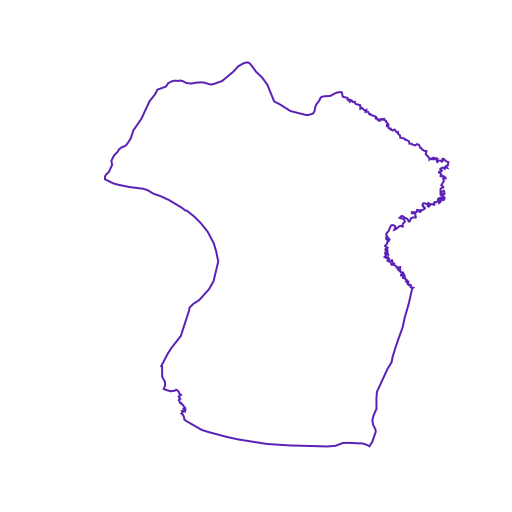 the district of Stueng Trang, Kâmpóng Cham, Cambodia, rotated 108°
{"feature_id": "14789045B55361225706218", "entity_name": "Stueng Trang", "entity_type": "district", "adm_level": 2, "iso_a3": "KHM", "parent_name": "Cambodia", "parent_adm1": "Kâmpóng Cham", "projection": "robinson", "projection_center": [105.52, 12.333], "detail": "fine", "context": "isolated", "style": "outline", "palette": "violet", "viewbox_px": 512, "rotation_deg": 108, "n_neighbors": 0, "source": "geoboundaries", "source_scale": "gbopen_adm2", "svg_char_len": 6016}
<svg xmlns="http://www.w3.org/2000/svg" viewBox="0 0 512 512"><g transform="rotate(108 256 256)"><path d="M128.3,401.2L133.2,401.9L141.8,405.1L160.9,407.4L174.5,411.5L183.0,411.5L185.9,412.2L190.4,413.5L192.6,415.2L193.6,416.9L196.6,419.1L199.9,419.9L203.4,421.7L205.8,422.4L210.5,422.9L213.6,421.0L221.3,421.8L224.8,423.7L227.0,424.2L229.7,423.3L231.0,414.4L230.9,409.8L229.5,397.6L226.9,384.1L226.9,379.3L228.4,373.1L228.6,365.1L229.7,356.0L233.0,341.6L234.5,337.3L234.3,335.6L237.8,326.4L241.9,318.5L247.9,309.4L257.1,300.0L264.1,295.2L272.9,290.2L293.2,288.6L302.3,290.5L314.3,295.9L316.5,297.1L320.4,300.5L325.6,303.3L328.2,302.8L355.2,302.8L370.1,308.2L376.0,309.7L390.0,312.1L390.1,311.2L399.8,307.9L403.6,303.9L406.7,302.5L411.1,302.6L411.1,295.6L409.2,291.7L407.9,290.6L408.2,288.8L409.4,287.1L410.7,286.3L411.3,284.4L413.6,286.1L415.2,283.9L416.1,284.7L417.0,284.8L417.1,284.3L419.0,283.1L419.3,282.2L419.0,281.5L419.9,281.1L420.3,279.1L421.0,278.8L422.3,276.6L423.4,277.5L423.8,275.6L425.4,275.6L424.8,276.3L424.9,277.1L425.5,277.5L426.0,276.6L426.5,278.4L427.7,277.5L428.9,278.3L429.8,276.1L432.2,274.2L433.6,273.7L434.5,271.4L438.2,253.8L438.1,246.5L437.1,227.8L435.9,216.0L431.4,187.6L425.8,165.6L415.2,129.6L412.0,121.8L406.9,115.5L405.1,110.2L401.3,96.4L401.4,92.0L401.9,89.3L396.7,88.0L386.3,87.8L384.2,88.7L380.1,92.6L376.2,94.6L371.2,94.9L364.1,94.2L354.4,97.4L347.8,99.0L322.4,96.0L315.2,94.2L309.8,94.9L298.3,95.1L278.7,94.5L269.0,95.5L254.0,96.0L238.8,97.4L237.7,96.7L237.8,99.2L237.3,99.8L236.1,99.5L235.8,99.9L235.7,101.7L236.3,101.9L235.9,102.9L235.2,103.5L234.4,103.1L233.3,103.2L234.1,105.0L233.8,105.5L232.6,104.8L232.2,105.2L232.0,106.6L231.4,107.4L230.4,107.4L230.1,108.0L231.4,108.6L231.5,109.4L230.1,109.5L229.4,110.5L229.8,111.6L229.7,112.1L229.0,112.2L228.5,111.3L228.1,109.2L226.2,111.2L226.9,112.3L226.7,113.4L226.0,113.6L225.9,114.9L225.4,115.1L225.1,114.5L224.5,114.7L224.6,115.7L225.2,116.0L225.2,116.6L223.3,116.2L222.7,115.2L222.0,115.4L223.7,118.5L222.6,118.9L221.9,122.4L220.8,122.0L220.4,122.4L220.8,123.3L222.4,124.0L221.8,125.2L221.3,125.1L220.9,124.2L218.5,124.7L218.0,125.4L220.3,127.2L219.9,129.4L217.9,128.3L216.8,129.3L216.4,130.1L217.8,130.5L217.2,133.5L216.4,133.2L215.9,132.3L214.8,132.8L214.3,132.6L214.0,132.3L213.9,130.6L213.4,130.8L212.9,132.3L213.0,132.9L213.8,133.7L213.5,134.2L211.3,133.6L211.3,132.5L210.1,133.1L210.4,134.6L209.6,135.0L209.0,134.7L209.5,133.0L208.3,133.6L207.4,133.4L206.7,136.3L205.6,136.2L204.5,135.3L202.0,135.3L201.1,134.6L200.4,135.6L199.9,135.6L199.5,134.2L198.8,134.2L198.5,134.8L198.8,135.5L200.0,136.7L199.6,137.5L198.0,138.0L197.4,137.6L197.4,136.6L195.9,138.5L194.4,138.9L191.0,137.6L185.3,137.1L184.3,135.5L184.4,133.2L185.4,132.4L188.3,132.6L187.3,131.4L183.4,128.8L182.8,127.8L182.8,125.8L182.4,125.4L181.2,126.3L180.0,126.3L177.3,125.0L175.2,126.8L175.3,131.2L173.2,130.1L172.8,129.5L172.8,128.7L173.7,125.9L173.9,123.6L176.0,121.3L175.8,120.8L174.7,120.3L172.8,120.4L171.8,119.8L170.6,118.1L170.2,116.1L169.8,115.9L166.2,118.0L167.2,120.7L166.9,121.2L166.1,121.3L164.8,117.0L164.3,116.7L162.4,117.0L162.1,114.7L163.2,114.6L163.5,113.7L163.0,113.2L162.0,113.9L161.5,113.7L161.3,112.3L158.7,110.0L157.7,110.5L157.6,112.0L157.0,112.7L156.5,112.6L156.0,113.5L154.4,113.3L153.9,112.8L153.7,111.6L154.1,109.7L153.9,109.2L152.4,108.7L152.7,107.2L155.6,107.8L155.7,107.0L152.5,105.3L152.1,104.6L152.4,103.2L152.1,102.2L150.0,103.1L149.4,102.6L149.3,101.4L147.7,99.9L148.1,98.9L149.1,98.3L148.0,97.4L147.1,97.5L144.9,96.6L144.5,97.0L144.7,97.8L146.6,99.2L146.3,100.4L145.0,100.3L143.7,98.8L143.1,96.7L144.9,95.6L145.0,95.0L144.5,94.7L142.5,94.4L141.9,95.3L141.9,96.5L141.1,96.9L141.2,98.3L140.8,99.2L139.8,99.4L139.3,96.2L138.5,96.0L136.3,97.1L135.9,97.7L139.1,100.0L135.4,101.2L134.3,100.9L132.8,99.1L132.0,99.9L131.4,101.6L126.4,100.5L124.8,101.8L124.1,101.9L123.5,99.6L123.0,99.9L122.2,102.0L122.3,103.2L123.1,104.6L122.9,105.3L121.1,105.0L119.7,107.1L120.1,107.7L119.7,107.9L119.0,107.5L118.1,106.0L117.3,105.6L116.6,107.6L116.0,107.6L114.1,105.7L114.8,103.6L113.3,103.8L113.1,101.7L112.2,103.2L111.4,103.0L110.8,101.6L107.4,101.9L107.0,105.1L105.7,107.1L106.1,107.7L105.8,108.3L106.3,108.7L106.9,108.3L106.8,107.8L107.3,107.7L108.9,108.4L108.3,109.9L108.8,111.8L109.0,112.4L110.5,112.4L110.3,113.1L108.3,114.1L107.4,113.7L107.2,115.0L108.7,116.0L109.0,116.7L107.6,117.4L107.9,117.9L108.6,117.8L109.6,118.4L109.6,118.9L109.1,119.2L109.5,120.0L110.7,120.8L109.5,121.2L106.6,126.1L103.6,126.2L104.0,128.6L103.5,129.5L103.5,130.8L102.3,132.2L102.4,133.3L100.7,134.5L99.9,135.7L99.9,137.6L101.5,138.6L101.7,141.4L101.2,142.8L101.8,144.7L99.6,146.1L99.1,149.0L99.3,150.4L98.4,151.1L98.9,155.4L96.9,156.3L95.8,158.7L94.3,159.3L94.9,160.0L94.6,160.8L92.9,163.2L94.4,164.8L93.9,166.2L94.2,167.0L93.2,167.2L93.5,169.2L92.1,170.1L92.1,171.6L91.2,171.8L91.3,171.2L90.5,170.7L90.4,171.5L89.9,171.3L89.1,171.8L88.5,173.5L87.4,173.9L87.0,176.0L85.9,176.4L86.1,176.9L86.7,176.8L86.6,177.6L87.2,177.9L87.0,179.3L87.8,179.3L88.0,180.2L89.2,180.1L89.2,181.3L88.8,182.4L88.2,182.4L88.3,184.5L87.8,184.6L87.4,183.9L86.7,184.8L87.0,185.3L86.4,185.9L86.3,189.6L85.8,190.8L86.3,191.2L85.8,191.7L85.9,192.4L84.4,193.7L84.3,194.4L84.3,195.0L85.1,196.2L83.1,196.3L84.1,197.4L82.4,201.1L83.7,202.3L80.4,203.4L80.6,208.0L79.8,209.3L78.8,209.6L79.6,211.4L78.6,212.9L79.6,213.7L78.9,213.7L78.3,214.4L78.5,215.1L79.7,215.2L79.0,217.3L77.7,217.3L77.4,217.7L77.7,222.7L73.8,225.0L74.0,226.4L75.3,229.1L76.5,230.7L80.8,234.8L82.8,239.9L83.8,242.0L85.2,243.4L88.4,243.8L93.0,245.4L95.7,245.7L100.5,245.1L103.0,245.9L105.3,249.1L106.4,251.6L107.5,268.0L104.2,281.1L103.6,285.8L102.9,286.9L89.6,298.1L84.4,305.3L80.8,312.8L75.6,320.0L74.6,322.1L74.4,323.5L75.9,326.7L81.1,331.6L87.5,334.4L98.3,341.2L100.1,342.4L104.6,348.2L106.6,351.1L107.0,352.8L107.1,358.8L107.9,362.2L109.9,367.0L112.0,370.8L113.0,375.8L112.3,379.6L112.5,382.3L113.5,384.0L114.4,387.6L115.5,389.5L118.5,392.8L122.7,394.0L128.3,401.2Z" fill="none" stroke="#5b21b6" stroke-width="2"/></g></svg>